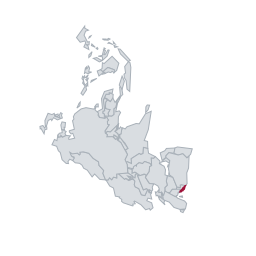 Israel on a map of Asia (Equal Earth projection), rotated 212°
{"feature_id": "ISR", "entity_name": "Israel", "entity_type": "country or territory", "adm_level": 0, "iso_a3": "ISR", "parent_name": "Asia", "parent_adm1": "", "projection": "equal_earth", "projection_center": [35.212, 31.447], "detail": "fine", "context": "in_parent", "style": "filled", "palette": "rose", "viewbox_px": 256, "rotation_deg": 212, "n_neighbors": 45, "source": "natural_earth", "source_scale": "50m", "svg_char_len": 13229}
<svg xmlns="http://www.w3.org/2000/svg" viewBox="0 0 256 256"><g transform="rotate(212 128 128)"><path d="M119.0,72.2L117.3,73.5L117.3,76.0L114.4,75.5L114.3,78.6L111.1,79.7L113.2,82.9L112.7,84.4L103.8,82.7L103.1,84.1L99.8,83.7L96.8,87.5L94.0,86.6L92.6,83.2L90.7,81.9L86.7,82.3L81.3,78.5L77.9,79.6L78.7,86.3L75.8,84.4L73.7,85.4L73.6,83.6L70.2,80.3L73.9,79.1L73.6,76.3L68.3,77.1L64.5,73.6L65.6,70.1L67.1,71.1L69.7,68.0L76.4,69.8L83.8,69.5L84.0,68.7L81.7,67.6L83.6,65.9L82.5,64.8L83.0,64.3L92.3,62.1L94.6,62.4L95.4,64.1L98.5,64.2L98.6,65.1L102.6,63.5L108.5,69.4L112.8,69.1L119.0,72.2Z" fill="#d9dde1" stroke="#a8b0b8" stroke-width="1"/><path d="M78.7,86.3L77.9,79.6L81.3,78.5L86.7,82.3L90.7,81.9L92.6,83.2L94.0,86.6L96.3,87.5L99.6,84.5L99.1,85.9L103.0,87.1L101.5,88.5L99.8,88.3L99.6,87.0L97.8,87.4L97.0,89.6L95.8,89.5L97.2,92.2L96.7,94.2L82.2,83.7L80.3,86.3L78.7,86.3Z" fill="#d9dde1" stroke="#a8b0b8" stroke-width="1"/><path d="M219.6,177.4L218.7,191.5L217.5,189.7L213.4,190.0L215.3,187.6L214.4,183.4L207.8,179.4L206.6,180.7L205.1,177.9L207.9,176.5L205.5,176.5L202.8,173.8L208.4,173.4L209.0,177.8L210.7,179.0L214.0,175.4L219.6,177.4ZM193.1,191.0L192.0,193.7L190.4,193.9L191.4,191.9L193.1,191.0ZM208.2,186.7L208.2,185.1L208.9,183.6L209.2,185.2L208.2,186.7ZM182.3,162.8L181.5,164.7L184.3,169.8L182.4,170.0L179.5,180.4L170.1,178.1L168.1,170.8L169.2,167.4L170.6,170.1L175.9,169.1L177.2,168.6L179.1,162.4L182.3,162.8ZM198.5,179.1L202.7,178.5L203.2,180.1L198.5,179.1ZM196.8,180.0L195.7,179.6L195.4,178.6L197.1,178.5L196.8,180.0ZM198.6,167.0L199.9,169.3L198.9,173.7L197.8,169.5L198.6,167.0ZM187.3,168.9L194.3,168.7L191.8,171.2L186.2,171.2L186.0,172.9L187.4,174.8L191.3,173.1L188.3,175.9L190.7,183.3L189.2,183.2L190.1,181.4L188.1,181.7L187.4,177.4L186.3,178.1L186.3,183.7L185.2,184.0L183.8,177.8L185.6,171.4L187.3,168.9ZM186.1,193.3L183.3,192.4L184.9,192.0L186.1,193.3ZM185.0,190.8L188.4,190.1L189.9,189.3L189.6,190.5L185.0,190.8ZM181.9,189.3L183.7,190.6L179.9,191.3L181.9,189.3ZM163.1,184.5L173.6,186.8L178.3,189.9L176.4,190.7L161.9,186.6L163.1,184.5ZM159.2,173.3L163.4,178.4L162.8,184.4L161.0,184.5L157.7,180.9L145.9,159.9L149.4,160.4L154.7,167.2L157.7,168.7L159.9,171.5L159.2,173.3Z" fill="#d9dde1" stroke="#a8b0b8" stroke-width="1"/><path d="M193.2,192.1L194.7,190.0L197.0,189.9L193.2,192.1Z" fill="#d9dde1" stroke="#a8b0b8" stroke-width="1"/><path d="M51.4,99.9L49.2,102.1L51.1,99.1L51.4,99.9Z" fill="#d9dde1" stroke="#a8b0b8" stroke-width="1"/><path d="M49.8,103.4L48.9,105.5L49.3,103.2L49.8,103.4Z" fill="#d9dde1" stroke="#a8b0b8" stroke-width="1"/><path d="M49.8,103.4L54.6,101.5L55.3,103.9L52.0,105.2L53.5,107.2L50.6,109.8L48.9,109.2L49.8,103.4Z" fill="#d9dde1" stroke="#a8b0b8" stroke-width="1"/><path d="M74.6,120.0L78.3,120.2L81.6,116.9L80.0,123.6L75.3,122.5L74.6,120.0Z" fill="#d9dde1" stroke="#a8b0b8" stroke-width="1"/><path d="M73.3,118.9L73.2,117.4L73.9,116.1L74.5,118.0L73.3,118.9Z" fill="#d9dde1" stroke="#a8b0b8" stroke-width="1"/><path d="M67.5,108.1L69.3,111.1L66.5,110.0L67.5,108.1Z" fill="#d9dde1" stroke="#a8b0b8" stroke-width="1"/><path d="M55.3,103.9L54.6,101.5L57.9,99.5L58.2,95.7L60.3,93.7L63.2,94.1L65.2,97.0L64.4,100.3L67.4,103.3L69.4,108.4L63.7,109.9L55.3,103.9Z" fill="#d9dde1" stroke="#a8b0b8" stroke-width="1"/><path d="M80.3,123.1L81.9,118.6L87.5,124.0L84.7,128.3L84.6,131.0L77.6,135.9L75.6,130.9L80.3,128.8L81.1,124.6L80.3,123.1ZM81.9,115.7L81.3,116.2L81.7,115.5L81.9,115.7Z" fill="#d9dde1" stroke="#a8b0b8" stroke-width="1"/><path d="M156.7,145.4L156.9,141.0L161.8,141.8L162.4,140.3L164.4,142.5L164.5,145.1L161.9,146.7L162.7,148.0L158.4,148.7L156.7,145.4Z" fill="#d9dde1" stroke="#a8b0b8" stroke-width="1"/><path d="M160.4,140.9L156.9,141.0L156.7,145.4L152.5,142.8L151.8,151.7L156.8,158.3L155.3,159.4L150.2,153.7L151.9,146.0L149.1,139.1L150.0,136.9L147.0,132.1L148.0,129.4L150.7,127.9L152.8,129.9L153.0,134.0L156.2,132.4L158.8,134.2L160.7,138.2L160.4,140.9Z" fill="#d9dde1" stroke="#a8b0b8" stroke-width="1"/><path d="M163.9,141.1L160.4,140.9L160.7,138.2L157.4,132.5L153.0,134.0L152.8,129.9L150.7,127.9L153.1,126.3L152.5,124.0L155.4,127.2L157.3,127.2L158.2,129.0L157.0,130.3L163.3,137.5L163.9,141.1Z" fill="#d9dde1" stroke="#a8b0b8" stroke-width="1"/><path d="M150.7,127.9L148.0,129.4L147.0,132.1L150.0,136.9L149.1,139.1L151.9,146.0L150.6,150.2L150.0,143.4L147.0,135.3L144.5,137.9L142.5,137.2L142.2,132.6L138.2,125.7L140.9,115.2L143.8,114.1L143.6,111.7L146.0,113.3L145.7,120.7L147.2,120.3L149.0,122.6L148.8,124.4L151.9,124.9L150.7,127.9Z" fill="#d9dde1" stroke="#a8b0b8" stroke-width="1"/><path d="M159.8,149.1L162.7,148.0L161.9,146.7L164.5,145.1L163.9,139.0L157.0,130.3L158.2,129.0L157.3,127.2L155.4,127.2L153.2,123.6L157.8,121.8L162.7,125.6L159.8,130.8L166.0,138.8L167.3,146.5L161.4,153.1L159.8,149.1Z" fill="#d9dde1" stroke="#a8b0b8" stroke-width="1"/><path d="M183.5,84.3L183.5,87.1L181.3,89.2L183.4,91.8L178.6,92.3L178.5,89.9L176.5,88.9L177.2,87.7L178.7,85.4L180.8,86.0L180.2,85.0L182.0,83.2L183.5,84.3Z" fill="#d9dde1" stroke="#a8b0b8" stroke-width="1"/><path d="M181.0,93.0L183.4,91.4L186.5,94.9L187.2,98.2L183.9,99.5L181.7,95.0L182.6,94.7L181.0,93.0Z" fill="#d9dde1" stroke="#a8b0b8" stroke-width="1"/><path d="M119.5,72.1L124.6,69.5L131.9,71.3L132.5,67.5L140.2,70.7L144.3,70.4L147.2,72.1L150.3,72.4L154.3,70.5L157.7,71.1L158.3,74.8L161.1,74.2L164.3,76.0L157.5,79.9L155.1,79.4L154.8,80.6L156.0,81.9L154.7,83.4L147.9,85.8L141.4,83.8L135.1,83.7L132.7,80.9L126.1,79.1L125.2,76.2L119.5,72.1Z" fill="#d9dde1" stroke="#a8b0b8" stroke-width="1"/><path d="M143.6,111.7L143.8,114.1L140.9,115.2L138.6,124.5L137.3,121.2L136.8,122.6L135.8,121.5L137.3,118.4L133.4,117.8L130.9,115.4L130.6,116.8L131.9,117.9L130.8,119.4L131.8,120.0L132.8,125.3L129.9,125.7L129.5,128.5L123.5,136.1L120.7,137.5L120.7,149.3L117.2,154.5L109.9,137.3L107.6,126.0L104.3,127.0L100.3,121.1L104.6,119.7L101.7,114.4L103.1,112.3L104.9,112.4L109.0,103.7L106.2,99.7L110.7,99.0L111.8,97.4L113.8,99.6L114.4,105.2L118.4,107.9L117.3,110.7L122.6,113.6L130.2,115.5L130.6,112.1L131.1,114.1L132.6,114.9L136.1,114.6L135.3,112.7L141.3,109.3L141.9,111.4L143.6,111.7Z" fill="#d9dde1" stroke="#a8b0b8" stroke-width="1"/><path d="M137.3,121.2L138.5,127.4L136.5,123.0L135.0,122.9L135.0,125.0L133.0,124.5L130.8,119.4L131.9,117.9L130.6,116.8L130.9,115.4L133.4,117.8L137.3,118.4L135.8,121.5L136.8,122.6L137.3,121.2Z" fill="#d9dde1" stroke="#a8b0b8" stroke-width="1"/><path d="M135.3,112.7L136.1,114.6L131.1,114.1L132.5,111.7L135.3,112.7Z" fill="#d9dde1" stroke="#a8b0b8" stroke-width="1"/><path d="M129.8,112.5L130.2,115.5L128.9,115.5L117.3,110.7L119.0,107.4L126.2,111.8L129.8,112.5Z" fill="#d9dde1" stroke="#a8b0b8" stroke-width="1"/><path d="M111.8,97.4L110.7,99.0L106.2,99.7L109.0,103.7L104.9,112.4L103.1,112.3L101.7,114.4L104.6,119.7L100.3,121.1L97.2,117.5L89.7,118.2L90.1,115.9L92.3,114.8L88.0,108.6L90.6,109.6L96.2,108.4L96.8,105.6L100.2,104.4L102.7,95.4L107.3,94.2L109.3,96.6L111.8,97.4Z" fill="#d9dde1" stroke="#a8b0b8" stroke-width="1"/><path d="M92.2,94.2L98.7,94.2L100.6,91.6L102.6,95.0L104.5,93.5L107.3,94.2L102.0,96.2L102.8,98.0L102.0,100.3L100.6,100.2L101.4,101.5L100.2,104.4L96.8,105.6L96.2,108.4L90.6,109.6L88.0,108.6L89.2,106.7L86.9,102.3L87.4,97.1L90.0,97.5L92.2,94.2Z" fill="#d9dde1" stroke="#a8b0b8" stroke-width="1"/><path d="M96.7,94.2L97.2,92.2L95.8,89.5L99.6,87.0L100.3,88.3L98.4,89.6L104.4,89.8L107.0,93.6L102.6,95.0L100.6,91.6L98.7,94.2L96.7,94.2Z" fill="#d9dde1" stroke="#a8b0b8" stroke-width="1"/><path d="M99.6,84.5L103.1,84.1L103.8,82.7L112.7,84.4L104.4,89.8L98.4,89.6L98.3,88.6L103.0,87.1L99.1,85.9L99.6,84.5Z" fill="#d9dde1" stroke="#a8b0b8" stroke-width="1"/><path d="M73.7,85.4L75.8,84.4L78.0,86.4L80.3,86.3L82.2,83.7L94.6,92.6L94.7,93.8L93.5,93.2L89.0,97.8L87.4,97.1L87.1,95.4L81.3,92.5L76.5,94.1L76.1,90.7L74.3,88.7L74.4,87.1L77.0,87.0L75.4,84.8L74.3,86.6L73.7,85.4Z" fill="#d9dde1" stroke="#a8b0b8" stroke-width="1"/><path d="M69.4,108.4L67.4,103.3L64.4,100.3L65.2,97.0L62.3,92.6L62.1,89.8L65.0,91.1L67.7,89.5L69.6,93.3L72.0,94.7L76.4,94.5L80.2,92.3L87.1,95.4L86.9,102.3L89.2,106.7L88.0,108.6L92.3,114.8L90.1,115.9L89.7,118.2L83.3,116.9L82.5,114.4L77.2,114.7L74.1,112.5L71.8,107.9L69.4,108.4Z" fill="#d9dde1" stroke="#a8b0b8" stroke-width="1"/><path d="M50.1,102.8L51.4,99.9L50.3,97.5L51.5,94.8L59.7,94.0L58.2,95.7L57.9,99.5L51.7,103.6L50.1,102.8Z" fill="#d9dde1" stroke="#a8b0b8" stroke-width="1"/><path d="M65.6,91.1L61.3,88.3L61.2,86.7L64.0,87.2L65.6,91.1Z" fill="#d9dde1" stroke="#a8b0b8" stroke-width="1"/><path d="M63.2,94.1L51.5,94.8L50.7,96.7L50.7,95.1L48.6,94.8L41.3,96.1L38.3,95.1L36.4,89.8L40.8,86.5L46.9,85.0L53.8,87.0L59.8,85.8L63.0,89.3L62.1,89.8L63.2,94.1ZM36.5,85.4L39.1,85.0L40.5,86.3L36.7,88.5L36.5,85.4Z" fill="#d9dde1" stroke="#a8b0b8" stroke-width="1"/><path d="M124.0,155.4L123.9,157.7L121.8,158.8L120.6,154.0L121.2,150.5L124.0,155.4Z" fill="#d9dde1" stroke="#a8b0b8" stroke-width="1"/><path d="M166.1,132.6L164.4,130.1L167.5,128.6L167.3,131.6L166.1,132.6ZM104.4,89.8L113.2,82.9L111.1,79.7L114.3,78.6L114.4,75.5L117.3,76.0L117.3,73.5L119.5,72.1L125.2,76.2L126.1,79.1L132.7,80.9L135.1,83.7L141.4,83.8L147.9,85.8L153.3,84.1L156.0,81.9L154.8,80.6L155.1,79.4L157.5,79.9L161.4,76.6L164.5,76.6L161.1,74.2L157.6,74.1L157.7,71.1L160.9,70.6L161.1,67.6L159.6,66.3L161.7,65.2L167.1,66.2L172.4,71.3L175.0,71.8L178.8,74.7L183.6,73.5L184.3,79.3L181.6,79.6L183.5,84.3L182.0,83.2L180.2,85.0L180.8,86.0L178.7,85.4L176.5,88.9L172.7,90.8L173.1,88.0L172.0,87.0L167.8,91.1L172.0,94.2L173.1,92.8L175.7,93.6L176.3,94.6L172.8,98.5L178.9,104.8L178.6,106.9L180.3,108.6L180.6,111.8L177.9,119.3L174.4,123.0L167.0,125.9L166.9,128.1L166.0,128.2L165.6,125.9L161.0,125.0L160.2,123.0L157.8,121.8L152.5,124.0L153.1,126.3L148.8,124.4L149.0,122.6L147.2,120.3L145.7,120.7L146.0,113.3L144.5,111.6L141.9,111.4L141.3,109.3L136.4,112.5L132.5,111.7L131.0,113.7L130.6,112.1L126.2,111.8L114.4,105.2L113.8,99.6L109.3,96.6L104.4,89.8Z" fill="#d9dde1" stroke="#a8b0b8" stroke-width="1"/><path d="M181.9,117.8L182.6,123.0L182.3,124.7L180.6,121.4L181.9,117.8Z" fill="#d9dde1" stroke="#a8b0b8" stroke-width="1"/><path d="M65.1,85.3L67.2,86.6L68.2,85.4L71.0,88.3L69.8,88.4L69.0,91.9L67.7,89.5L65.6,91.1L64.2,88.9L63.1,86.4L65.3,86.8L65.1,85.3ZM65.0,91.1L64.0,90.9L63.0,89.3L64.4,89.7L65.0,91.1Z" fill="#d9dde1" stroke="#a8b0b8" stroke-width="1"/><path d="M55.9,82.4L63.7,84.1L65.5,86.6L58.3,85.9L58.1,83.9L55.9,82.4Z" fill="#d9dde1" stroke="#a8b0b8" stroke-width="1"/><path d="M186.4,145.4L184.6,142.7L186.6,143.5L186.4,145.4ZM189.9,152.2L189.4,148.2L190.2,149.5L191.2,147.4L189.9,152.2ZM193.6,150.6L195.9,156.2L195.5,158.1L194.7,155.9L194.1,157.0L194.3,159.6L192.3,158.4L191.1,154.8L188.5,156.2L190.7,152.9L193.9,152.3L193.6,150.6ZM184.3,148.9L180.7,153.6L183.8,147.2L184.3,148.9ZM186.3,132.5L186.6,140.8L190.3,142.0L190.8,144.6L188.7,142.5L185.0,141.8L185.4,140.4L183.4,138.5L183.6,131.9L186.3,132.5ZM188.0,149.1L187.5,146.0L189.5,146.7L188.0,149.1ZM193.2,145.5L193.9,147.8L192.6,147.3L192.6,149.8L191.1,144.6L193.2,145.5Z" fill="#d9dde1" stroke="#a8b0b8" stroke-width="1"/><path d="M153.5,157.7L158.2,159.8L160.5,168.9L155.9,165.8L153.5,157.7ZM182.3,162.8L179.1,162.4L177.2,168.6L170.6,170.1L169.5,168.8L169.2,167.4L171.6,167.7L171.9,165.9L174.5,165.0L176.4,161.9L178.2,162.4L180.2,156.7L184.3,160.0L182.3,162.8Z" fill="#d9dde1" stroke="#a8b0b8" stroke-width="1"/><path d="M178.3,159.9L178.2,162.4L177.1,163.0L176.4,161.9L178.3,159.9Z" fill="#d9dde1" stroke="#a8b0b8" stroke-width="1"/><path d="M202.4,90.3L203.6,98.1L199.6,99.1L198.3,101.3L196.4,99.1L190.9,100.5L193.0,101.9L193.2,105.3L191.5,105.4L191.2,103.6L189.0,101.7L192.1,97.5L196.6,97.3L196.6,93.9L198.0,94.8L199.7,92.1L198.2,86.5L199.5,86.2L202.4,90.3ZM201.5,81.5L202.0,80.7L203.5,82.7L201.5,85.0L198.6,83.8L198.9,85.8L197.4,85.8L196.2,84.0L197.6,82.5L196.1,78.6L201.5,81.5ZM193.3,101.3L194.9,99.6L196.6,100.7L194.8,102.8L193.3,101.3Z" fill="#d9dde1" stroke="#a8b0b8" stroke-width="1"/><path d="M75.6,130.9L77.6,135.9L76.1,138.1L62.5,144.4L61.0,138.9L62.2,133.9L67.9,135.2L71.1,131.7L75.6,130.9Z" fill="#d9dde1" stroke="#a8b0b8" stroke-width="1"/><path d="M48.9,109.5L52.8,108.2L53.5,107.2L52.0,105.2L55.3,103.9L63.7,109.9L67.8,110.2L72.1,114.9L75.3,122.5L80.3,123.1L81.1,124.6L80.3,128.8L71.1,131.7L67.9,135.2L62.2,133.9L61.3,136.5L55.4,126.1L54.4,121.1L48.4,112.1L48.9,109.5Z" fill="#d9dde1" stroke="#a8b0b8" stroke-width="1"/><path d="M48.4,97.0L46.0,99.2L45.0,98.1L48.4,97.0Z" fill="#d9dde1" stroke="#a8b0b8" stroke-width="1"/><path d="M50.2,101.4L50.2,101.5L50.2,101.8L50.2,102.0L50.3,102.1L50.3,102.3L50.2,102.5L50.2,102.8L49.9,102.9L49.8,103.0L49.8,103.4L49.7,103.4L49.6,103.2L49.4,103.2L49.1,103.3L49.0,103.6L48.9,103.9L49.0,104.1L49.0,104.4L49.0,104.5L48.9,104.5L49.0,104.6L49.3,104.7L49.2,104.8L48.9,105.0L48.8,105.4L48.8,105.5L49.1,105.5L49.4,105.4L49.6,105.3L49.6,105.6L49.6,105.8L49.7,106.0L49.6,106.3L49.5,106.5L49.4,106.6L49.3,106.9L49.3,107.2L49.2,107.4L49.2,107.8L49.1,108.3L49.0,108.6L49.0,109.1L48.8,109.3L48.8,109.1L48.7,108.6L48.6,108.3L48.5,107.8L48.3,107.3L48.3,107.2L48.2,107.0L48.1,106.6L48.0,106.2L47.9,105.8L48.0,105.6L48.3,105.2L48.2,105.1L48.5,104.4L48.7,103.8L48.9,103.0L49.0,102.6L49.1,102.3L49.2,102.1L49.3,102.1L49.5,102.1L49.8,101.8L49.9,101.7L49.9,101.8L49.9,101.7L50.1,101.6L50.2,101.4Z" fill="#f43f5e" stroke="#9f1239" stroke-width="1.5"/></g></svg>